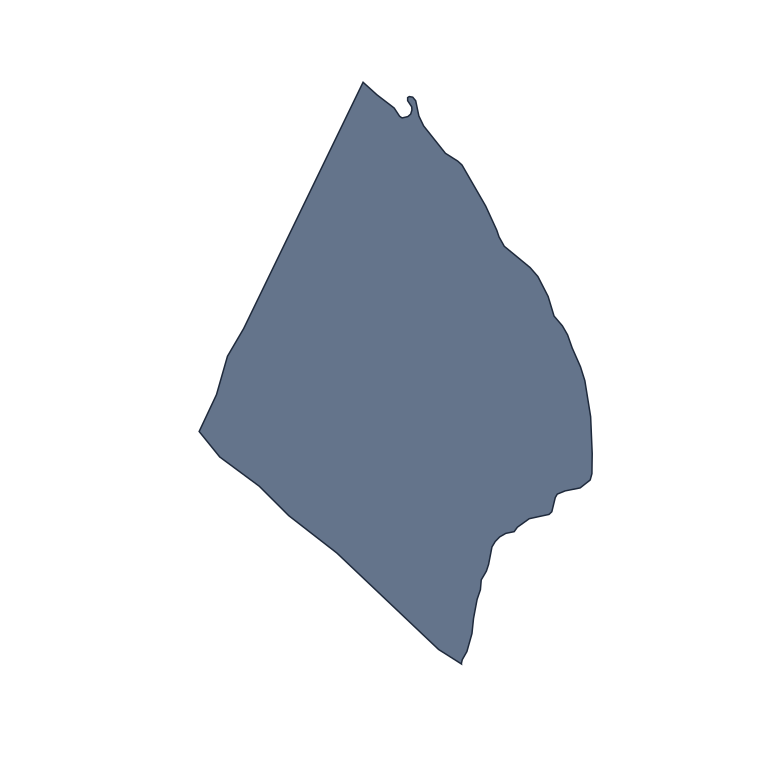 outline of Obock, Obock, Djibouti, rotated 339°
{"feature_id": "41766387B51204577272085", "entity_name": "Obock", "entity_type": "district", "adm_level": 2, "iso_a3": "DJI", "parent_name": "Djibouti", "parent_adm1": "Obock", "projection": "equal_earth", "projection_center": [43.238, 12.173], "detail": "fine", "context": "isolated", "style": "filled", "palette": "slate", "viewbox_px": 768, "rotation_deg": 339, "n_neighbors": 0, "source": "geoboundaries", "source_scale": "gbopen_adm2", "svg_char_len": 1094}
<svg xmlns="http://www.w3.org/2000/svg" viewBox="0 0 768 768"><g transform="rotate(339 384 384)"><path d="M194.4,362.1L204.5,393.3L230.9,434.7L247.9,472.8L279.4,524.9L339.8,651.4L356.0,673.2L356.2,672.5L358.3,669.4L365.5,663.5L376.7,648.5L383.6,634.9L393.7,618.5L400.3,610.6L404.6,601.7L410.9,596.7L412.6,595.3L417.0,589.9L426.4,574.8L431.4,570.9L437.2,568.2L444.2,567.1L452.6,568.5L457.2,565.5L471.3,561.8L481.8,563.4L491.3,564.9L494.9,563.4L503.2,551.4L506.3,548.9L514.8,548.7L529.9,551.3L542.1,547.5L546.0,542.2L550.3,531.4L553.4,523.7L565.2,488.6L572.7,452.9L573.6,438.4L572.6,417.7L573.0,403.9L571.4,393.7L567.1,381.5L568.6,361.1L566.2,338.9L562.2,327.8L556.1,317.0L545.6,298.5L545.4,296.8L544.1,287.9L544.4,280.9L542.7,254.3L535.3,207.5L532.7,202.3L528.9,197.2L524.0,190.6L513.5,157.3L512.6,146.3L515.1,130.9L513.6,126.5L510.6,124.7L508.7,125.1L507.6,128.0L509.2,135.2L508.2,138.3L505.6,141.6L502.1,142.9L496.3,142.1L495.5,141.1L494.5,139.6L492.4,130.0L481.0,111.4L472.6,94.8L272.8,282.0L247.8,302.0L223.8,333.9L194.4,362.1Z" fill="#64748b" stroke="#1e293b" stroke-width="1.5"/></g></svg>